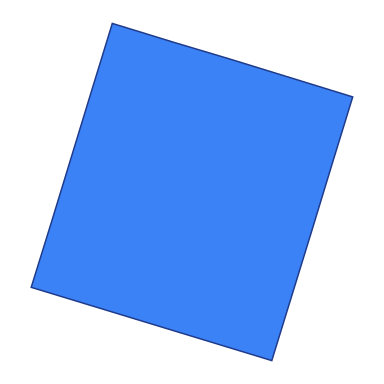 Story, Iowa, United States of America (Robinson projection), rotated 107°
{"feature_id": "52423323B9996743812881", "entity_name": "Story", "entity_type": "district", "adm_level": 2, "iso_a3": "USA", "parent_name": "United States of America", "parent_adm1": "Iowa", "projection": "robinson", "projection_center": [-93.545, 42.036], "detail": "fine", "context": "isolated", "style": "filled", "palette": "blue", "viewbox_px": 384, "rotation_deg": 107, "n_neighbors": 0, "source": "geoboundaries", "source_scale": "gbopen_adm2", "svg_char_len": 316}
<svg xmlns="http://www.w3.org/2000/svg" viewBox="0 0 384 384"><g transform="rotate(107 192 192)"><path d="M193.2,66.1L123.1,66.2L54.1,66.1L53.8,193.1L54.2,254.2L54.1,302.9L54.1,317.5L60.1,317.5L123.5,317.6L261.4,317.6L330.2,317.9L329.9,66.4L193.2,66.1Z" fill="#3b82f6" stroke="#1e3a8a" stroke-width="1.5"/></g></svg>